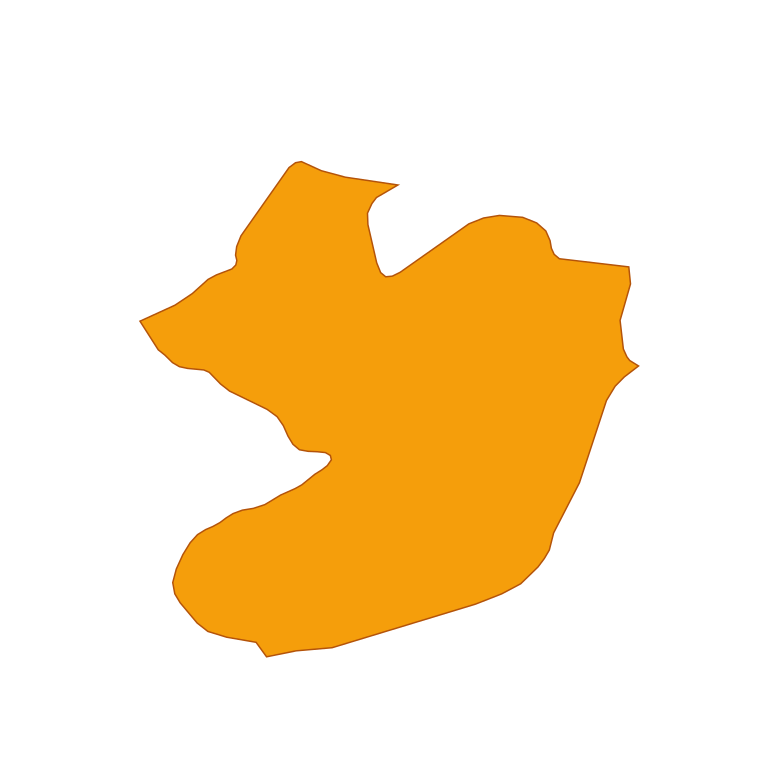 SVG path tracing the border of Thái Nguyên, rotated 249°
{"feature_id": "VNM-452", "entity_name": "Thái Nguyên", "entity_type": "Province", "adm_level": 1, "iso_a3": "VNM", "parent_name": "Vietnam", "parent_adm1": "", "projection": "natural_earth1", "projection_center": [105.891, 21.681], "detail": "fine", "context": "isolated", "style": "filled", "palette": "amber", "viewbox_px": 768, "rotation_deg": 249, "n_neighbors": 0, "source": "natural_earth", "source_scale": "10m", "svg_char_len": 1407}
<svg xmlns="http://www.w3.org/2000/svg" viewBox="0 0 768 768"><g transform="rotate(249 384 384)"><path d="M184.2,489.0L169.7,478.8L163.6,471.1L158.0,462.2L148.5,440.0L145.9,418.6L145.7,390.7L156.4,241.1L166.4,206.3L171.4,176.6L188.7,172.0L203.9,146.5L216.1,130.9L227.8,123.9L252.8,115.3L263.1,113.5L274.3,115.6L285.7,123.8L296.8,135.1L305.3,146.2L310.2,155.9L312.0,165.3L312.3,173.0L313.4,181.1L315.6,188.8L317.1,196.6L317.0,206.5L314.7,217.5L314.1,229.5L317.4,247.9L318.2,263.4L319.3,271.1L324.5,287.0L326.1,295.1L328.1,301.8L332.1,307.7L336.5,308.3L341.0,304.7L344.7,297.4L348.3,289.1L352.9,281.5L360.3,277.4L369.7,275.7L381.2,275.1L391.8,272.5L402.2,265.8L432.7,237.3L442.6,231.4L457.6,225.0L461.7,220.8L468.9,206.3L473.5,199.2L479.8,194.2L489.5,189.8L496.8,185.5L530.1,178.7L532.5,217.1L537.1,237.4L544.7,257.2L545.9,266.6L545.9,283.2L548.2,288.3L552.1,290.9L557.5,291.6L565.1,295.7L573.6,303.6L620.1,372.9L622.3,380.7L621.2,386.6L605.6,401.9L591.0,421.9L564.8,468.3L560.8,443.8L556.8,437.4L549.4,429.8L538.6,426.1L499.7,420.6L489.2,420.8L483.5,424.0L481.7,430.4L482.5,439.1L503.1,520.6L503.3,536.4L500.0,552.2L489.9,573.2L479.6,584.3L468.9,589.9L458.3,590.4L450.7,588.9L444.1,589.3L438.1,592.6L405.6,654.5L389.1,650.0L358.8,627.2L330.9,620.0L322.3,620.5L317.9,621.8L309.6,628.1L304.5,610.9L299.1,599.0L288.9,585.8L221.8,531.1L184.2,489.0Z" fill="#f59e0b" stroke="#b45309" stroke-width="1.5"/></g></svg>